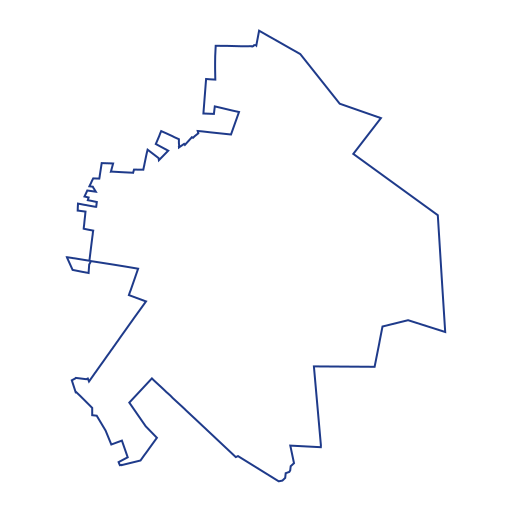 the district of Villa de Arista, San Luis Potosí, Mexico
{"feature_id": "50627088B5681346085282", "entity_name": "Villa de Arista", "entity_type": "district", "adm_level": 2, "iso_a3": "MEX", "parent_name": "Mexico", "parent_adm1": "San Luis Potosí", "projection": "mercator", "projection_center": [-100.881, 22.664], "detail": "fine", "context": "isolated", "style": "outline", "palette": "blue", "viewbox_px": 512, "rotation_deg": 0, "n_neighbors": 0, "source": "geoboundaries", "source_scale": "gbopen_adm2", "svg_char_len": 3083}
<svg xmlns="http://www.w3.org/2000/svg" viewBox="0 0 512 512"><path d="M119.9,465.2L121.6,464.9L121.7,465.1L140.5,460.5L144.2,455.3L147.1,451.4L149.3,448.3L156.9,437.8L145.7,426.3L129.3,402.6L151.9,378.4L153.8,380.3L156.5,382.8L163.0,388.8L165.2,390.9L166.4,392.1L167.6,393.1L170.4,395.6L172.9,398.2L183.8,408.2L185.4,409.7L185.5,409.9L196.0,419.7L235.8,457.1L238.0,456.1L278.7,481.3L282.4,480.6L285.2,477.9L285.7,473.2L289.3,471.9L290.2,470.4L290.7,466.2L294.0,463.2L290.3,445.6L320.8,447.2L320.9,445.3L313.9,366.4L374.6,366.8L379.1,344.1L379.8,340.3L382.5,326.5L408.1,320.2L445.2,332.0L442.3,286.8L437.8,215.2L353.3,153.9L380.9,118.1L339.7,103.7L300.3,54.1L291.1,48.9L270.7,37.3L269.4,36.6L259.1,30.7L256.3,45.5L256.1,45.3L255.8,45.2L255.3,45.1L254.8,45.1L254.4,45.2L254.2,45.2L253.9,45.3L253.7,45.7L253.5,45.9L253.3,46.1L253.1,46.2L252.7,46.3L252.2,46.5L252.0,46.2L242.5,46.3L228.1,45.9L215.7,45.8L215.2,56.1L215.1,63.2L215.1,68.4L215.3,79.6L209.9,79.3L206.1,79.0L203.4,113.5L213.9,113.9L214.8,106.4L220.0,107.6L231.7,110.4L235.3,111.2L239.0,112.0L231.0,134.5L210.9,132.4L202.3,131.4L197.7,131.0L198.3,133.3L194.8,136.1L193.0,137.8L191.9,137.2L184.9,144.9L184.1,143.9L179.0,147.4L179.0,147.2L179.0,146.9L178.9,146.4L179.2,146.0L178.9,143.1L178.9,139.2L174.4,137.2L172.3,136.1L166.2,133.3L161.2,131.1L160.2,133.4L159.2,136.1L157.4,140.3L155.8,144.0L168.2,150.7L158.9,160.2L158.6,158.1L147.6,149.7L146.8,152.9L145.9,157.1L144.4,164.4L144.2,165.6L144.1,165.8L143.3,169.7L134.0,169.6L133.1,172.8L132.2,172.7L122.1,172.2L111.7,171.6L110.9,171.7L113.1,163.5L111.3,163.4L104.7,163.2L101.7,163.1L99.8,175.4L99.6,176.9L99.3,178.6L93.2,178.4L91.8,181.2L91.3,182.3L90.9,183.3L90.0,185.0L89.4,186.3L92.8,186.7L93.3,187.7L94.3,189.2L94.6,189.8L95.1,190.5L95.8,191.7L87.3,190.5L85.7,194.0L85.0,195.4L84.5,196.5L88.6,197.5L87.8,200.2L91.6,200.9L93.9,201.4L96.8,202.0L96.2,206.8L95.4,206.8L90.9,206.0L87.1,205.3L86.3,205.1L84.2,204.8L80.7,204.1L79.6,203.9L78.0,203.6L77.8,207.3L77.7,210.6L78.9,210.7L80.2,210.9L85.5,211.6L85.2,214.4L85.2,214.7L84.6,220.0L84.2,224.1L83.8,227.4L83.7,228.7L84.5,228.9L87.9,229.6L93.2,230.6L93.1,231.1L92.8,233.2L92.7,234.5L92.5,235.8L91.6,242.8L89.4,260.7L88.5,260.6L83.6,259.8L77.4,258.8L76.3,258.6L74.4,258.3L72.6,258.1L72.4,258.0L67.0,257.2L66.9,257.2L67.0,257.5L72.6,269.9L77.6,270.9L82.6,271.9L88.6,273.0L88.7,271.2L89.2,264.5L91.0,261.1L100.6,262.6L114.0,264.7L125.7,266.6L138.1,268.7L134.7,278.6L132.5,284.9L130.7,290.1L129.8,292.4L128.9,295.1L144.8,301.0L146.0,301.4L144.5,303.5L143.5,304.9L134.1,317.9L132.5,320.2L130.2,323.4L124.6,331.3L121.3,335.9L119.0,339.2L117.7,341.1L117.0,342.0L114.5,345.6L113.1,347.5L112.9,347.9L110.8,350.7L110.3,351.5L108.8,353.6L108.3,354.3L107.7,355.1L107.2,355.8L103.7,360.8L103.2,361.5L100.6,365.1L97.2,369.9L95.6,372.2L95.1,372.8L93.3,375.4L90.9,378.8L89.0,381.5L87.8,378.5L86.3,379.2L75.8,377.9L75.2,378.5L71.8,380.3L75.7,392.3L76.2,392.1L80.2,395.9L92.2,407.9L92.2,415.2L96.7,415.7L105.6,430.6L111.3,444.5L121.9,440.6L127.7,457.3L118.6,462.1L119.3,463.9L119.9,465.2Z" fill="none" stroke="#1e3a8a" stroke-width="2"/></svg>